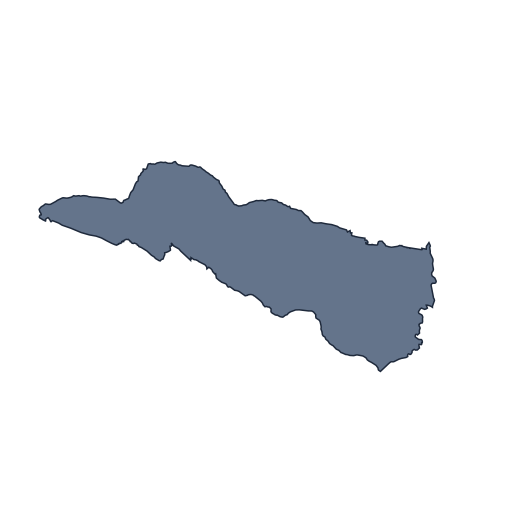 Lazuri De Beius, Bihor, Romania, rotated 50°
{"feature_id": "2599482B33228708697979", "entity_name": "Lazuri De Beius", "entity_type": "district", "adm_level": 2, "iso_a3": "ROU", "parent_name": "Romania", "parent_adm1": "Bihor", "projection": "natural_earth1", "projection_center": [22.328, 46.561], "detail": "fine", "context": "isolated", "style": "filled", "palette": "slate", "viewbox_px": 512, "rotation_deg": 50, "n_neighbors": 0, "source": "geoboundaries", "source_scale": "gbopen_adm2", "svg_char_len": 6101}
<svg xmlns="http://www.w3.org/2000/svg" viewBox="0 0 512 512"><g transform="rotate(50 256 256)"><path d="M98.2,389.1L103.9,386.0L107.8,384.7L115.5,380.1L125.6,374.9L132.7,370.1L138.0,365.7L142.8,362.8L147.9,360.8L153.5,358.4L157.2,356.5L157.6,356.0L158.2,355.7L158.1,355.3L158.6,354.0L158.2,353.5L158.3,353.2L158.7,353.1L158.7,352.8L158.5,352.6L158.7,352.2L159.4,351.5L159.2,350.9L159.4,350.5L159.4,350.1L158.7,349.6L159.0,349.3L159.2,348.7L159.6,348.4L159.2,348.2L159.7,347.8L159.2,347.0L159.4,346.4L159.4,346.0L159.7,345.4L159.7,344.8L160.7,344.0L161.2,343.1L163.5,342.9L164.1,343.1L164.4,342.8L166.6,342.7L167.7,341.7L167.9,340.9L170.3,339.6L171.4,339.9L172.1,339.4L173.6,339.6L175.7,338.4L182.2,336.3L188.2,335.6L191.3,334.6L193.3,334.6L197.3,333.2L198.2,332.5L197.9,330.7L198.6,329.1L197.2,326.8L196.4,325.1L194.8,323.9L195.6,322.4L196.3,320.1L196.6,317.9L196.2,317.5L193.2,315.7L194.0,314.5L193.9,313.8L191.5,312.5L195.5,312.6L201.0,310.5L204.0,310.5L217.2,308.9L216.1,308.1L216.6,307.6L215.5,306.8L218.9,305.8L220.3,304.5L222.3,303.6L223.3,303.5L229.9,300.7L232.5,300.7L234.3,301.9L234.3,299.4L236.7,298.7L238.8,298.7L240.0,299.2L243.3,299.1L243.6,298.3L247.4,300.5L251.2,299.9L254.1,299.1L257.7,297.1L258.7,296.9L261.2,297.4L262.0,297.2L262.6,296.1L263.5,295.5L268.5,294.4L270.5,292.7L272.4,291.7L279.5,289.9L280.7,287.7L280.7,286.8L282.2,284.6L283.8,283.4L285.0,283.2L285.8,282.8L293.6,281.3L296.0,281.3L298.2,281.9L300.6,281.8L301.5,280.3L302.7,279.7L303.8,278.6L306.3,278.5L308.4,280.4L310.5,280.3L311.3,279.8L312.9,279.4L314.3,278.6L315.0,277.7L317.9,276.6L319.8,275.1L320.2,274.3L320.2,271.8L321.0,269.7L320.6,268.1L320.9,265.5L322.8,260.3L325.1,257.4L331.6,251.3L333.9,248.7L335.8,247.9L339.3,247.9L340.8,249.2L342.1,249.9L345.9,248.8L347.5,249.1L351.0,250.9L352.4,251.8L353.7,253.2L356.3,254.1L358.9,255.7L360.5,255.9L362.4,255.3L364.6,256.0L367.6,255.5L370.3,255.9L373.1,255.1L374.1,254.6L378.9,254.4L381.5,253.2L384.8,252.9L385.2,252.5L389.1,250.6L390.3,249.4L392.5,248.0L394.4,246.0L395.2,245.1L396.4,242.6L397.0,241.9L401.1,238.5L402.8,237.8L404.9,237.2L407.1,237.5L409.2,237.0L411.8,235.9L416.9,234.3L420.2,234.5L421.1,235.1L422.2,235.5L424.4,234.9L423.7,223.6L423.7,221.2L424.1,220.1L425.1,219.1L425.6,218.2L426.9,212.9L427.9,210.4L430.2,206.3L430.6,204.4L429.5,203.7L429.0,202.9L428.9,202.1L429.6,201.6L430.4,201.4L430.8,200.5L430.3,198.6L429.1,197.5L429.0,195.5L429.3,194.8L430.6,194.3L431.7,192.8L431.5,189.9L429.2,188.7L428.5,188.0L429.2,187.1L430.1,186.5L430.0,185.6L428.9,184.8L429.2,184.3L428.8,183.8L427.5,183.1L426.4,183.0L424.5,185.0L420.5,186.0L419.7,185.6L419.0,184.7L418.8,184.1L419.3,183.3L420.3,183.1L420.2,180.3L418.7,179.3L417.9,178.5L416.7,176.6L415.4,176.1L414.4,176.0L413.2,175.1L413.4,174.8L413.1,173.9L413.5,172.7L414.1,171.7L413.5,170.7L411.0,168.7L410.0,167.5L408.4,166.9L407.6,166.9L404.7,168.1L403.6,167.7L403.0,167.1L402.1,164.1L402.2,162.8L405.3,161.1L405.9,159.7L406.1,158.2L403.1,157.2L403.7,156.4L405.7,155.0L407.1,154.3L408.7,153.8L407.9,153.1L404.8,147.9L403.6,147.2L402.5,147.1L390.8,140.6L390.2,139.1L390.4,138.2L391.8,136.6L392.0,135.6L391.5,134.5L390.7,134.0L387.9,133.2L384.5,133.9L383.3,133.5L381.8,132.2L381.1,129.8L380.2,128.6L376.7,126.6L375.1,125.5L373.6,123.6L372.6,122.8L371.6,122.3L365.9,120.8L364.3,119.4L361.1,117.4L360.8,117.0L360.5,116.1L359.7,115.7L356.9,114.9L358.1,119.2L360.2,121.2L356.7,124.0L357.8,124.6L357.5,125.2L349.7,132.0L348.8,132.8L349.1,133.1L348.8,133.4L348.3,133.3L346.2,135.0L346.3,135.1L345.9,135.2L343.6,137.0L342.1,137.8L341.8,137.6L340.8,138.8L340.3,139.1L339.7,141.2L336.4,146.6L334.2,148.4L331.5,150.1L329.8,149.7L328.2,149.9L325.7,149.9L324.1,151.8L323.8,153.0L324.7,154.6L325.5,155.5L325.3,156.4L323.2,158.6L321.8,159.6L322.0,159.9L319.4,162.7L317.4,163.9L316.5,163.4L318.1,162.4L317.3,161.3L315.1,161.1L313.7,162.3L312.4,161.1L307.8,165.2L304.3,167.9L304.1,167.9L302.5,169.2L301.7,169.6L299.8,167.7L299.1,168.8L297.0,167.6L296.4,170.5L294.2,169.9L288.1,173.9L285.6,174.6L280.6,177.8L276.4,181.6L272.5,184.7L270.0,188.1L267.2,190.7L263.8,191.6L259.5,191.0L255.6,192.0L252.0,192.1L250.1,192.4L248.4,194.3L246.3,195.2L241.7,198.9L239.5,198.3L239.3,199.0L238.6,199.9L236.0,200.6L234.2,201.9L231.8,202.2L229.1,204.4L227.1,204.4L226.4,204.8L225.1,206.1L223.4,207.2L222.7,207.8L221.2,209.8L220.4,211.5L219.8,213.5L217.4,215.4L215.1,218.7L213.7,220.1L212.7,222.9L210.8,226.8L210.7,229.0L210.4,230.6L208.9,232.9L208.3,234.7L206.4,237.4L205.8,237.5L204.9,238.2L204.1,238.3L202.9,239.3L201.9,239.5L201.1,239.3L192.9,238.8L189.4,238.0L187.4,238.4L185.7,237.5L185.1,237.6L184.3,238.0L183.2,238.1L180.6,237.3L176.5,237.1L174.9,236.1L174.2,236.0L172.0,237.1L168.4,237.9L166.5,237.9L164.7,238.8L161.9,239.3L159.3,240.2L157.3,240.4L156.3,240.8L154.0,241.3L152.3,241.4L151.6,241.9L151.1,243.0L150.6,243.5L148.4,244.4L145.0,246.7L144.1,247.9L144.2,249.4L144.0,249.9L139.4,254.6L137.6,255.6L136.6,256.6L135.7,257.0L134.1,257.3L131.9,257.1L131.6,257.4L131.0,259.1L131.1,260.4L129.9,262.1L128.3,263.9L126.0,265.1L124.9,266.8L122.9,268.6L121.1,272.1L120.8,274.1L120.5,274.7L119.5,275.5L118.2,277.2L117.5,277.3L116.5,278.9L116.3,279.5L118.8,283.7L118.5,285.1L118.0,285.7L117.3,285.9L116.8,286.6L117.2,287.0L118.3,287.6L118.6,288.9L118.8,291.1L119.7,292.4L119.6,293.3L119.8,295.1L122.5,297.9L122.7,298.3L122.5,299.8L123.2,302.0L126.3,307.6L126.9,311.2L129.0,315.0L129.5,315.5L129.8,316.2L129.9,317.1L129.3,318.7L129.0,320.3L128.5,321.1L128.6,322.0L129.4,323.3L129.0,325.1L128.1,325.8L122.0,327.2L118.9,331.1L113.8,335.4L108.7,340.3L105.4,343.9L104.3,344.7L103.3,345.8L101.3,347.0L99.1,349.1L98.3,350.2L97.4,351.9L96.0,352.8L94.2,355.7L92.6,356.9L92.3,359.4L91.0,362.2L90.1,363.7L87.4,366.3L87.0,367.1L85.7,372.2L85.5,374.4L84.3,380.2L83.3,381.6L80.9,383.7L80.7,384.4L80.7,386.6L80.4,387.9L80.3,389.4L80.8,392.0L81.1,392.3L83.4,393.2L84.8,393.3L86.1,393.8L86.4,394.1L85.8,395.2L86.2,396.1L86.9,397.0L88.2,397.1L89.5,396.5L91.2,396.0L93.9,394.8L93.9,394.5L93.1,394.1L92.7,393.7L92.6,392.8L92.8,390.8L93.3,390.5L96.2,390.7L97.5,391.1L98.0,391.0L98.0,389.9L98.2,389.1Z" fill="#64748b" stroke="#1e293b" stroke-width="1.5"/></g></svg>